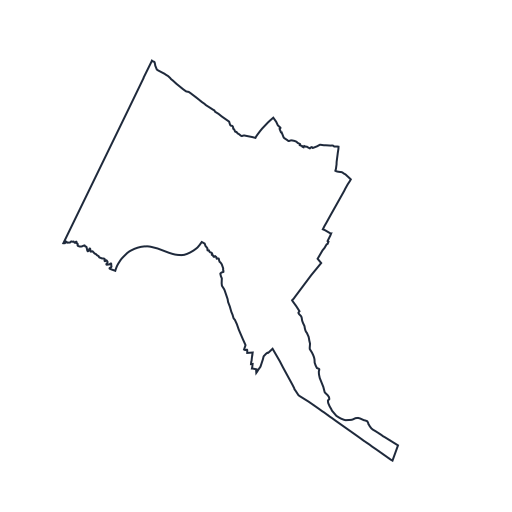 the district of Pak Kret, Nonthaburi, Thailand, rotated 196°
{"feature_id": "78962969B33148689371757", "entity_name": "Pak Kret", "entity_type": "district", "adm_level": 2, "iso_a3": "THA", "parent_name": "Thailand", "parent_adm1": "Nonthaburi", "projection": "equal_earth", "projection_center": [100.484, 13.936], "detail": "fine", "context": "isolated", "style": "outline", "palette": "slate", "viewbox_px": 512, "rotation_deg": 196, "n_neighbors": 0, "source": "geoboundaries", "source_scale": "gbopen_adm2", "svg_char_len": 6126}
<svg xmlns="http://www.w3.org/2000/svg" viewBox="0 0 512 512"><g transform="rotate(196 256 256)"><path d="M206.8,383.8L207.9,383.7L211.0,382.8L212.3,383.3L212.8,383.3L215.1,382.6L218.5,381.9L221.6,381.1L224.0,380.8L225.1,380.6L225.5,380.3L227.6,378.2L230.9,375.7L231.3,375.5L232.1,376.0L232.8,375.9L233.9,374.3L236.0,374.7L237.3,375.1L238.2,374.8L239.9,375.0L240.2,373.6L240.3,373.6L241.3,373.8L241.3,374.3L244.4,374.6L244.4,375.5L244.5,375.7L247.1,376.2L248.6,377.0L250.3,377.2L251.2,377.2L253.6,377.0L254.6,376.6L256.0,375.6L256.6,375.5L257.8,376.0L261.3,377.1L262.0,377.5L262.6,378.2L264.4,380.6L265.1,381.2L265.3,381.8L265.8,381.7L266.1,381.8L268.3,384.6L268.4,385.0L267.8,385.6L267.8,385.9L267.9,386.1L271.0,387.6L273.6,390.6L277.5,393.7L279.6,390.5L281.3,387.7L285.2,380.2L286.5,377.2L288.1,373.0L288.8,370.9L289.1,369.4L292.4,369.3L300.7,368.6L301.8,368.0L302.6,367.4L303.2,367.4L304.0,367.6L305.8,368.4L307.5,368.8L309.0,369.9L310.0,369.7L310.4,369.9L311.9,371.7L312.7,371.9L313.0,372.1L313.5,373.5L314.3,374.3L314.8,374.5L316.2,374.4L316.9,374.8L318.1,376.5L318.6,377.4L319.0,377.8L327.4,380.7L331.2,382.3L335.1,383.4L336.2,384.5L337.3,384.7L345.7,387.2L347.5,388.1L350.5,389.1L355.9,391.4L364.1,394.6L366.0,395.2L367.5,395.0L368.7,395.0L372.5,396.4L380.0,399.6L384.4,401.8L386.4,402.6L387.5,403.4L390.0,404.7L392.6,405.4L394.0,405.9L401.2,407.4L402.5,407.8L402.9,408.1L404.2,409.8L405.3,411.2L406.0,412.7L406.9,414.3L407.4,414.6L408.9,414.7L409.9,415.1L410.1,413.6L413.0,397.6L413.2,396.5L413.1,396.2L419.5,359.2L425.8,323.2L444.7,215.2L444.1,215.3L443.2,215.7L443.1,216.2L443.2,217.3L443.1,217.5L442.3,217.5L441.8,217.3L441.4,216.8L441.1,216.8L438.7,217.6L438.4,217.8L437.8,218.9L437.5,219.1L436.4,219.1L435.3,219.6L434.2,218.9L433.6,218.8L433.4,219.0L433.1,219.9L432.8,220.2L432.5,220.1L432.3,219.9L431.8,218.8L431.0,218.6L430.7,218.4L430.6,218.2L430.5,217.4L430.4,217.0L430.1,216.7L429.7,216.6L428.0,216.5L426.7,216.9L425.9,217.3L424.6,218.4L423.7,218.9L422.8,218.2L421.7,218.1L421.4,217.9L419.7,214.8L419.1,214.2L418.8,214.3L418.4,214.7L418.3,215.6L418.1,217.0L418.0,217.3L417.8,217.4L417.4,217.2L416.4,215.1L416.1,214.7L415.6,214.8L414.8,215.4L414.3,215.4L411.8,213.9L410.4,213.7L409.0,212.9L407.3,212.5L406.3,211.5L406.0,211.4L405.0,211.4L403.5,211.2L401.6,211.6L400.9,211.5L400.7,211.4L400.5,211.1L400.3,209.7L399.9,209.4L399.5,209.5L398.9,210.5L398.6,210.6L398.3,210.5L397.2,209.6L397.0,209.1L397.0,208.2L397.6,207.0L397.5,206.7L397.3,206.5L396.9,206.5L395.4,207.2L394.8,207.4L393.7,208.6L393.5,208.8L393.2,208.8L393.0,208.5L392.6,207.2L392.1,206.2L392.0,205.9L392.1,205.4L393.3,204.2L393.4,203.9L393.3,203.6L392.8,203.4L390.7,203.2L387.2,203.0L387.2,204.3L387.0,206.9L386.8,208.5L386.3,210.7L385.1,214.7L384.4,216.5L383.2,218.8L380.6,223.4L379.0,225.5L377.6,226.9L374.8,229.4L372.0,231.4L369.1,233.1L366.1,234.4L362.9,235.4L360.5,235.8L358.8,235.9L352.7,236.1L340.5,235.1L336.7,235.0L334.1,235.1L331.4,235.5L327.9,236.3L325.4,237.3L323.0,238.9L320.4,241.1L317.6,244.0L315.8,246.3L314.6,248.0L313.3,250.9L312.0,254.5L308.8,253.8L307.3,251.7L305.6,250.6L304.9,250.0L304.6,249.4L304.4,248.5L304.1,248.1L303.7,248.1L302.8,248.4L302.6,248.2L302.1,247.5L301.7,247.2L301.0,246.9L299.8,246.9L299.2,246.6L298.8,246.2L298.9,245.4L298.8,245.0L298.6,244.9L297.5,244.8L296.9,243.9L296.5,243.7L296.2,243.6L295.9,243.7L295.6,244.4L295.3,244.6L293.9,244.0L293.2,242.8L293.0,242.6L292.7,242.7L291.9,243.2L291.2,243.2L290.9,242.9L290.3,241.7L289.4,240.4L288.4,240.0L287.1,239.0L286.5,238.4L284.3,235.3L284.0,234.6L283.8,233.5L283.3,232.9L283.1,232.5L283.0,231.7L284.5,230.7L285.3,229.6L285.4,229.1L284.1,226.8L282.7,225.1L281.5,220.3L280.6,218.1L280.0,217.5L277.7,215.5L276.8,214.5L272.0,207.6L271.4,206.7L270.1,204.0L267.3,200.3L264.3,195.5L262.3,193.0L260.5,190.1L259.9,189.6L258.7,188.8L255.6,185.2L252.3,180.5L245.7,172.4L241.7,167.7L241.5,167.3L241.5,167.0L241.7,162.8L240.5,162.6L239.2,163.3L238.8,163.4L238.5,163.1L237.7,160.4L232.6,162.3L232.3,159.7L232.2,159.7L232.0,157.6L231.4,154.1L231.4,153.0L231.0,150.7L229.5,151.3L229.0,148.2L228.9,146.7L228.1,146.9L224.4,147.2L224.3,146.0L223.5,143.8L223.0,145.2L222.5,147.1L221.2,150.8L220.9,158.5L221.0,161.5L220.9,161.9L219.4,164.8L218.5,166.0L218.3,166.2L217.8,166.1L217.1,167.0L214.5,171.4L204.1,161.4L199.5,156.5L185.5,142.3L182.8,139.4L182.2,138.4L181.2,137.7L176.8,133.9L175.5,133.4L165.3,130.5L153.3,126.4L149.5,125.0L147.7,124.5L140.4,121.8L138.4,121.2L134.1,119.6L108.3,110.6L101.2,108.0L94.9,106.0L91.9,104.8L87.6,103.4L70.4,97.4L68.4,96.9L67.3,113.1L82.5,117.4L84.4,117.8L85.0,118.1L86.4,118.6L93.0,120.6L95.8,121.3L97.6,122.1L99.2,123.3L100.4,124.3L100.8,124.8L101.5,125.3L102.3,126.6L103.4,127.7L103.9,127.9L106.0,128.0L107.0,127.9L111.1,128.5L113.2,128.5L114.3,128.1L115.7,127.5L118.1,125.4L119.4,124.7L124.5,122.9L126.1,122.8L127.4,122.9L129.3,123.1L131.3,123.5L134.7,124.5L140.4,128.3L141.4,129.5L143.7,131.7L145.7,134.1L146.2,134.8L146.7,136.0L147.0,136.9L146.9,137.3L146.2,138.3L146.1,138.7L146.9,140.4L148.5,141.8L151.9,143.6L152.5,144.1L155.2,148.7L161.1,156.3L162.7,159.3L163.3,160.8L163.8,162.5L163.8,164.0L164.0,164.6L164.5,164.9L166.6,165.1L168.5,167.2L170.2,169.6L171.2,172.5L171.9,173.9L172.6,175.0L173.8,176.6L175.6,178.6L178.6,181.3L179.0,182.3L179.9,186.6L181.4,189.3L182.4,191.4L183.2,192.9L185.0,195.0L185.7,195.9L187.2,197.1L188.0,198.1L189.0,199.7L190.1,202.0L192.3,204.5L193.5,206.1L194.1,207.1L194.9,208.9L195.4,209.8L196.4,210.8L198.4,211.9L199.3,212.7L199.5,213.0L199.6,213.3L199.1,214.7L199.0,214.9L203.4,218.8L208.4,222.7L209.1,223.4L208.0,225.4L207.1,227.9L197.6,252.9L191.4,267.2L196.0,270.3L193.6,279.8L192.3,282.8L191.9,284.5L191.3,286.7L190.5,287.4L190.3,289.7L191.2,289.9L191.3,290.2L190.2,296.1L190.0,298.3L190.2,298.2L190.9,298.3L196.7,299.8L199.1,300.1L198.5,303.4L197.6,307.0L195.4,316.6L192.5,328.8L189.1,343.2L188.8,345.1L187.6,350.2L186.4,354.0L186.0,355.8L192.5,359.1L194.4,359.5L195.9,360.1L196.9,360.2L198.6,359.9L200.8,359.6L202.2,359.6L203.2,359.8L203.2,361.9L203.6,364.6L203.8,366.1L204.4,368.5L204.6,369.7L205.6,376.4L205.8,377.6L206.3,381.7L206.8,383.8Z" fill="none" stroke="#1e293b" stroke-width="2"/></g></svg>